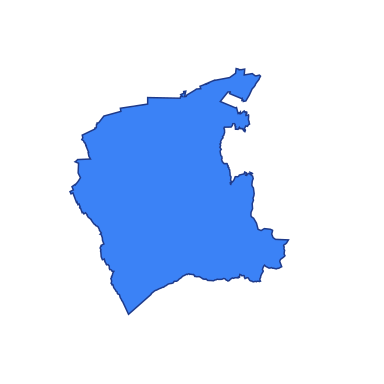 Tlachichuca, Puebla, Mexico, rotated 52°
{"feature_id": "50627088B20721288648973", "entity_name": "Tlachichuca", "entity_type": "district", "adm_level": 2, "iso_a3": "MEX", "parent_name": "Mexico", "parent_adm1": "Puebla", "projection": "equal_earth", "projection_center": [-97.33, 19.148], "detail": "fine", "context": "isolated", "style": "filled", "palette": "blue", "viewbox_px": 384, "rotation_deg": 52, "n_neighbors": 0, "source": "geoboundaries", "source_scale": "gbopen_adm2", "svg_char_len": 6099}
<svg xmlns="http://www.w3.org/2000/svg" viewBox="0 0 384 384"><g transform="rotate(52 192 192)"><path d="M96.0,262.2L96.3,263.8L96.2,265.5L99.5,263.7L106.9,270.0L112.1,271.1L113.6,275.4L114.5,279.5L114.1,279.4L113.9,283.3L117.3,284.2L116.6,287.9L119.0,288.5L119.4,286.4L129.0,289.4L128.9,288.7L131.8,289.7L131.9,288.4L134.8,289.3L134.8,289.9L135.1,290.2L135.6,290.3L136.4,289.9L140.6,291.3L140.7,290.6L142.7,290.7L142.8,288.7L145.5,288.6L145.6,289.0L148.0,289.3L151.4,288.4L151.4,288.6L154.0,288.8L157.0,288.9L158.0,288.4L159.0,288.6L161.0,287.6L161.7,287.5L164.4,288.0L165.0,288.5L168.5,288.7L168.7,290.2L169.0,289.9L170.6,290.0L172.0,290.6L172.5,290.6L175.0,292.3L178.7,293.4L178.1,296.5L178.9,296.8L178.7,297.3L179.2,298.4L179.8,299.0L181.4,299.3L182.3,300.5L183.2,300.8L187.1,303.4L190.2,304.3L190.5,304.0L190.8,302.4L193.2,303.3L193.2,303.5L195.7,303.8L196.0,304.1L196.6,304.1L196.9,304.1L197.4,302.9L199.0,302.8L199.5,302.9L201.3,304.2L202.5,304.6L203.0,303.9L203.8,303.6L204.3,303.5L205.2,303.8L206.4,302.5L207.2,304.4L208.6,306.1L209.0,307.4L209.6,307.5L210.2,309.2L212.0,309.8L212.9,310.3L214.2,312.0L215.0,311.8L215.7,312.2L215.9,311.6L216.2,311.4L216.9,311.8L217.5,311.8L219.0,312.5L220.7,312.7L221.6,312.5L223.0,313.0L224.3,312.5L226.2,313.3L227.0,313.1L227.8,312.5L228.3,312.4L231.1,313.6L233.2,313.8L234.3,314.2L235.5,314.1L249.3,317.3L247.5,287.3L247.0,286.7L246.9,282.5L247.0,281.6L247.5,280.2L248.0,277.5L248.7,275.3L248.9,274.0L249.4,273.3L249.6,272.1L249.5,271.0L249.8,270.4L249.9,267.4L250.5,266.0L251.5,264.3L251.9,263.1L252.0,262.7L251.4,261.0L252.7,259.3L252.9,258.7L253.0,257.6L252.7,255.7L252.9,253.3L252.6,251.3L253.2,248.7L253.4,247.0L253.6,246.7L254.1,246.6L254.4,244.9L254.7,244.6L255.6,244.5L255.9,243.7L257.3,242.5L257.9,241.6L258.6,241.5L259.2,241.7L259.5,241.5L260.2,241.8L260.6,241.2L260.8,241.2L261.6,240.5L263.2,238.3L265.8,237.3L267.1,237.0L267.4,236.5L268.2,236.3L268.7,235.2L269.2,235.0L269.3,234.5L271.3,234.1L272.0,233.3L273.7,231.3L275.2,229.7L275.4,228.1L276.0,227.2L276.2,225.9L277.3,224.8L279.2,222.2L279.7,220.2L280.8,219.4L282.5,219.3L283.3,218.7L284.3,218.5L284.7,217.1L284.4,215.5L284.4,214.8L284.6,214.1L284.5,213.2L285.7,212.3L285.9,211.2L286.4,210.3L286.8,210.1L287.2,209.2L287.6,208.9L287.6,208.1L288.1,208.4L288.4,207.0L286.4,205.1L287.4,204.4L288.7,204.3L289.7,202.6L290.3,202.5L291.6,203.3L292.9,203.5L293.4,201.3L294.3,200.6L297.2,200.9L298.2,200.5L299.0,199.7L299.7,199.6L300.7,198.8L301.3,197.2L302.4,196.4L302.4,195.7L303.0,194.8L304.1,194.0L304.4,192.9L303.2,192.7L302.2,192.0L301.6,190.6L300.2,189.2L300.0,188.4L299.2,187.2L299.1,186.6L298.4,184.8L297.8,184.4L296.5,184.3L295.3,182.6L294.5,180.8L294.3,179.9L296.0,179.7L299.3,178.2L300.0,177.3L300.4,176.0L301.5,175.6L302.0,174.9L304.5,172.9L304.7,171.9L305.2,171.2L305.6,170.2L305.7,169.3L306.1,167.3L300.7,165.6L300.2,165.0L299.6,163.7L299.7,159.8L299.5,158.0L297.6,157.6L295.7,155.8L295.0,154.9L293.8,154.7L292.9,154.2L292.1,153.2L291.1,153.1L290.5,152.7L290.3,152.1L290.5,150.2L290.4,148.9L289.1,145.5L280.7,155.4L277.8,156.2L274.2,155.1L272.0,152.2L271.7,152.1L269.6,153.2L265.4,157.5L264.9,161.3L262.1,162.9L256.3,160.4L250.7,159.6L248.1,160.4L247.2,160.2L246.0,159.4L244.3,157.9L242.5,154.6L238.2,151.7L236.3,148.6L234.5,147.8L233.0,145.5L231.5,144.0L226.6,141.1L225.2,141.1L223.5,140.7L220.9,138.2L220.0,137.1L219.2,135.6L216.9,134.5L214.9,134.9L214.4,134.2L214.7,133.1L214.0,133.1L212.2,134.2L214.1,135.1L213.1,135.3L211.9,136.3L212.0,136.8L211.7,137.2L212.1,136.9L212.2,137.9L212.6,138.7L212.2,139.0L211.9,139.3L211.4,138.3L210.3,137.4L208.7,138.2L209.4,139.2L209.9,139.5L207.8,144.3L208.2,145.1L208.2,146.5L206.8,148.1L206.6,148.6L208.2,151.2L208.7,152.7L209.1,155.6L209.9,156.8L209.7,156.9L208.2,156.1L208.5,155.0L208.4,154.5L206.8,154.4L206.1,154.0L204.3,152.1L203.6,151.8L202.6,151.9L200.2,150.2L199.0,149.6L197.8,148.7L196.5,148.7L195.4,147.9L194.9,148.0L194.5,148.3L194.3,148.3L193.7,147.4L192.4,147.4L191.8,147.0L191.2,146.9L190.4,147.7L190.1,148.7L189.4,148.9L189.0,149.5L187.4,149.3L186.9,149.5L184.3,148.5L184.0,147.6L182.3,146.6L181.1,146.9L177.2,144.8L176.6,143.6L176.4,142.7L173.8,142.5L173.7,141.8L172.8,140.7L171.4,140.5L171.5,139.7L170.8,138.7L170.0,138.6L169.5,137.8L168.7,136.0L168.4,134.2L167.2,133.9L166.8,131.9L166.0,131.0L165.3,129.8L162.9,128.0L162.0,127.9L161.3,127.6L161.4,126.9L160.9,126.5L164.9,121.2L164.4,119.2L163.3,117.8L164.2,116.5L165.4,116.5L165.8,117.0L166.1,117.1L166.3,117.5L167.4,117.3L168.1,118.4L168.8,118.4L168.9,118.8L169.3,119.1L171.0,117.1L170.2,115.0L171.4,115.4L172.0,114.6L171.9,114.3L172.4,114.3L173.1,113.2L173.5,113.5L175.0,112.8L175.3,113.6L177.0,113.2L176.4,112.1L175.8,111.7L174.3,111.8L174.2,111.3L173.1,109.0L174.4,107.9L173.8,106.3L173.9,104.8L172.7,104.4L171.9,103.8L169.8,103.1L166.8,100.4L166.0,100.0L165.0,102.4L164.4,102.1L163.3,100.4L163.5,100.1L162.6,99.7L162.1,100.8L161.7,100.6L161.2,101.3L160.3,101.0L160.2,101.9L160.4,104.8L160.1,105.7L158.9,104.8L159.3,106.1L158.4,106.1L158.3,106.5L158.7,107.1L158.6,107.4L152.8,104.9L152.4,106.0L138.1,114.0L135.3,102.2L136.6,100.2L136.8,100.2L137.6,101.8L149.1,95.3L149.2,94.9L150.5,96.2L150.8,95.2L152.2,95.9L153.4,93.5L150.9,87.2L147.8,81.2L147.3,78.2L146.8,76.6L146.1,75.5L145.6,74.0L144.5,69.8L143.9,69.0L142.9,66.7L141.4,66.9L140.0,70.0L139.3,70.7L135.8,71.6L131.9,78.8L127.6,74.8L125.9,78.0L124.8,79.2L124.8,79.7L123.7,79.8L121.9,81.2L125.3,84.6L125.0,91.9L118.0,105.4L117.8,105.3L116.1,111.4L116.4,111.5L116.1,112.2L116.3,112.3L116.2,112.5L115.9,112.3L115.8,112.8L116.0,113.7L116.0,114.2L115.8,114.6L115.3,114.3L114.6,117.4L113.6,120.6L116.0,121.5L113.6,125.1L113.5,127.4L112.4,136.5L113.1,137.7L112.3,139.1L108.7,134.8L107.7,136.7L109.2,137.5L108.3,140.9L110.9,140.7L109.7,142.2L110.8,143.6L90.3,168.8L95.4,172.8L81.9,196.9L84.7,198.4L77.9,214.7L80.0,222.9L79.2,224.4L80.1,225.0L79.9,225.6L82.4,227.8L81.8,229.2L82.6,229.8L79.6,243.5L82.1,244.7L82.9,246.6L84.7,245.9L86.6,246.4L87.1,246.0L87.4,246.3L88.4,246.3L90.1,247.1L90.3,246.7L91.3,247.4L97.0,249.0L96.9,249.5L100.2,251.2L103.5,251.7L96.0,262.2Z" fill="#3b82f6" stroke="#1e3a8a" stroke-width="1.5"/></g></svg>